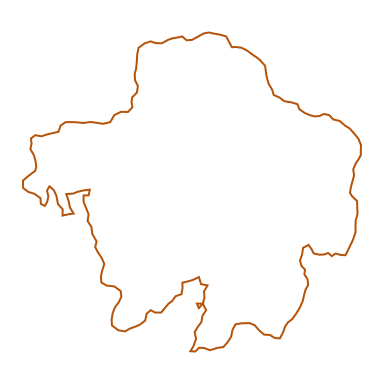 Piedade do Rio Grande, Minas Gerais, Brazil
{"feature_id": "56859067B43663283125641", "entity_name": "Piedade do Rio Grande", "entity_type": "district", "adm_level": 2, "iso_a3": "BRA", "parent_name": "Brazil", "parent_adm1": "Minas Gerais", "projection": "orthographic", "projection_center": [-44.166, -21.486], "detail": "fine", "context": "isolated", "style": "outline", "palette": "amber", "viewbox_px": 384, "rotation_deg": 0, "n_neighbors": 0, "source": "geoboundaries", "source_scale": "gbopen_adm2", "svg_char_len": 2863}
<svg xmlns="http://www.w3.org/2000/svg" viewBox="0 0 384 384"><path d="M118.4,330.3L125.1,331.4L129.6,328.7L133.9,327.2L139.6,324.8L145.2,320.6L146.6,313.8L150.7,310.2L155.0,312.5L161.2,312.5L165.4,307.4L168.6,303.6L172.1,301.1L175.6,296.2L181.5,294.2L182.5,288.3L182.4,282.7L187.2,281.6L193.0,279.9L198.9,277.1L201.1,284.2L207.5,285.4L204.0,291.5L204.5,297.7L202.7,303.6L206.2,310.1L202.5,315.7L201.4,322.1L197.9,326.7L194.6,332.1L196.1,338.7L193.4,346.3L190.4,351.2L195.2,351.5L199.1,347.8L203.7,347.9L210.0,350.2L217.2,347.9L223.4,347.0L227.7,342.1L231.1,336.8L232.5,329.9L235.5,324.3L241.6,323.3L249.7,323.1L254.8,325.3L259.0,330.2L264.1,334.6L270.0,335.0L274.8,338.0L279.9,338.4L283.1,332.3L285.2,326.3L288.0,322.4L292.2,319.1L295.9,314.1L299.9,307.5L302.7,301.1L304.3,294.1L305.6,289.6L308.2,284.9L307.5,279.3L304.4,274.3L305.0,269.6L301.4,265.9L300.0,260.6L302.1,254.4L303.1,247.8L308.6,244.9L311.6,249.3L313.7,253.4L319.3,254.7L324.0,254.5L328.2,253.0L331.8,256.1L335.6,253.5L340.9,255.0L345.5,255.2L349.5,247.1L353.0,239.8L355.5,232.4L355.5,227.4L355.7,220.7L357.5,214.1L357.3,207.6L357.0,200.9L352.5,196.8L350.0,192.9L350.9,187.0L352.6,180.9L354.1,175.5L353.2,169.4L355.8,163.3L358.5,159.4L360.8,155.2L360.8,150.4L361.0,145.0L358.3,138.5L353.5,132.8L349.6,128.4L344.8,125.4L339.8,121.0L333.2,119.4L329.2,115.1L323.7,114.0L319.6,116.0L314.6,116.4L310.6,115.4L304.8,113.0L299.4,109.3L297.5,104.2L291.6,102.4L284.2,101.2L279.6,97.6L273.7,94.9L272.1,89.5L268.9,84.3L267.3,79.5L266.2,74.1L265.1,65.8L260.1,60.2L256.4,57.2L251.8,54.2L246.9,50.4L241.6,47.8L236.1,47.0L231.9,47.2L228.9,41.6L226.2,36.5L220.3,34.7L213.4,33.5L208.7,32.5L203.6,33.5L197.9,36.7L192.0,39.9L186.6,40.3L182.1,36.4L177.7,37.5L173.4,38.1L168.4,39.7L161.8,43.3L155.6,43.1L150.7,41.4L144.7,43.3L138.6,47.8L137.2,54.5L136.8,61.7L136.1,68.9L134.7,73.7L135.0,80.1L137.9,86.0L136.9,92.6L132.2,97.4L131.5,101.9L132.4,107.3L127.9,112.0L121.1,111.8L114.3,115.1L110.2,122.2L102.9,123.8L96.1,122.7L90.4,122.0L83.3,123.0L76.0,122.2L69.7,122.1L65.4,122.2L60.7,125.5L58.4,131.8L53.3,133.0L47.2,134.4L41.4,136.3L35.3,135.2L31.0,138.4L31.5,143.6L30.4,149.2L34.0,155.3L35.6,161.7L36.3,166.4L35.2,170.9L31.5,173.6L27.5,176.7L23.0,180.6L23.1,188.0L28.5,192.0L34.2,193.7L40.4,198.0L40.9,203.9L44.8,205.9L47.2,201.9L48.4,196.3L47.0,190.6L49.5,186.3L53.8,190.1L56.3,195.6L58.0,204.1L62.7,209.3L62.5,215.6L68.2,214.3L73.6,213.6L70.0,207.6L68.6,200.9L66.3,194.1L73.1,193.6L77.3,191.9L83.6,190.4L89.8,189.7L88.6,195.4L83.6,195.4L83.6,201.9L86.5,209.0L88.6,214.3L87.6,221.0L91.4,226.9L92.3,233.9L96.6,241.4L95.2,247.1L97.9,252.3L101.8,258.1L104.3,264.0L102.3,270.3L100.9,276.4L101.4,282.5L106.5,285.5L114.5,286.5L120.7,291.1L121.4,296.7L118.7,302.4L115.2,306.9L112.7,313.0L111.6,319.9L112.0,325.5L118.4,330.3ZM202.7,303.6L196.9,303.6L198.9,308.1L202.7,303.6Z" fill="none" stroke="#b45309" stroke-width="2"/></svg>